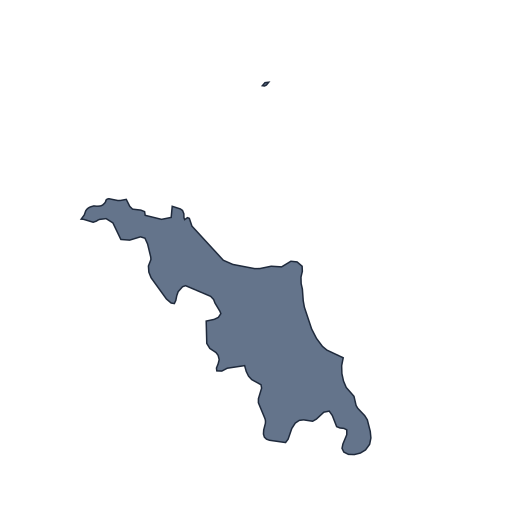 Latina, orthographic projection, rotated 202°
{"feature_id": "ITA-5426", "entity_name": "Latina", "entity_type": "Province", "adm_level": 1, "iso_a3": "ITA", "parent_name": "Italy", "parent_adm1": "", "projection": "orthographic", "projection_center": [13.255, 41.249], "detail": "fine", "context": "isolated", "style": "filled", "palette": "slate", "viewbox_px": 512, "rotation_deg": 202, "n_neighbors": 0, "source": "natural_earth", "source_scale": "10m", "svg_char_len": 2064}
<svg xmlns="http://www.w3.org/2000/svg" viewBox="0 0 512 512"><g transform="rotate(202 256 256)"><path d="M397.5,259.9L391.6,254.7L388.0,253.2L380.0,255.4L375.9,255.4L374.0,252.2L357.3,254.6L349.1,260.0L352.3,270.7L343.8,271.3L341.2,270.7L338.7,268.1L337.2,264.6L335.8,263.0L333.9,265.9L331.9,265.9L326.6,259.7L284.7,239.8L274.3,239.5L252.5,243.8L247.7,245.8L238.1,252.2L228.2,255.5L221.7,264.2L215.7,265.9L209.4,263.8L207.3,259.2L206.4,253.3L203.8,247.3L200.6,242.7L195.5,232.3L192.0,226.7L177.1,209.2L169.0,202.2L160.6,197.1L155.0,195.3L137.0,194.3L135.5,186.4L132.3,179.1L128.0,172.8L123.1,167.9L112.6,162.6L107.2,154.9L104.6,152.9L95.4,148.7L91.4,145.8L84.3,136.1L81.3,130.3L80.1,124.0L81.8,117.2L85.4,112.4L90.5,108.7L96.0,106.7L101.1,107.1L104.2,109.9L105.0,114.3L104.9,124.3L106.7,128.8L109.9,129.1L113.7,128.0L117.3,128.0L125.5,136.7L130.0,139.6L134.6,136.6L138.9,127.4L141.6,124.0L150.5,121.9L154.3,119.8L157.0,115.8L158.2,109.5L157.6,98.2L158.7,94.1L174.5,90.2L177.7,90.1L180.4,91.2L182.4,93.7L183.7,97.6L184.6,104.4L185.4,106.6L186.5,108.3L198.8,120.8L200.3,124.6L201.3,135.6L203.1,138.5L213.7,139.8L217.9,141.8L221.8,145.3L225.5,150.1L240.6,141.2L244.6,136.5L249.3,134.8L250.7,137.3L250.7,141.8L251.3,146.1L253.9,149.7L256.9,151.5L264.2,153.0L268.9,156.5L277.8,177.0L271.0,181.6L267.9,185.0L267.0,189.4L268.7,191.2L276.4,197.0L279.0,199.8L282.9,201.6L310.2,202.1L312.6,200.0L314.8,193.8L314.6,189.5L313.7,184.8L313.9,181.3L317.1,180.6L323.0,182.6L345.1,196.5L349.3,200.9L352.0,206.4L352.1,213.4L353.2,215.6L361.0,226.5L365.6,230.9L370.3,230.5L379.1,223.4L387.5,220.7L401.1,233.1L409.0,234.5L414.8,231.3L416.0,230.1L417.0,228.6L419.6,226.3L429.7,225.4L431.9,224.7L430.6,229.7L430.8,234.0L430.5,235.4L430.1,236.5L429.5,237.6L428.6,238.8L427.3,240.0L425.1,241.7L422.6,242.4L420.7,243.2L418.6,244.4L417.3,245.8L416.1,248.4L415.8,250.1L416.0,251.7L415.3,253.0L413.9,254.0L404.8,255.7L402.3,256.8L397.5,259.9L397.5,259.9ZM310.4,418.4L311.8,416.8L313.9,416.3L312.6,420.1L309.3,421.9L310.4,418.4Z" fill="#64748b" stroke="#1e293b" stroke-width="1.5"/></g></svg>